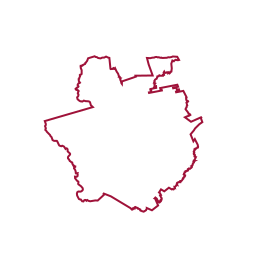 the district of Cadereyta Jiménez, Nuevo León, Mexico, rotated 121°
{"feature_id": "50627088B63245516345576", "entity_name": "Cadereyta Jiménez", "entity_type": "district", "adm_level": 2, "iso_a3": "MEX", "parent_name": "Mexico", "parent_adm1": "Nuevo León", "projection": "natural_earth1", "projection_center": [-99.908, 25.517], "detail": "fine", "context": "isolated", "style": "outline", "palette": "rose", "viewbox_px": 256, "rotation_deg": 121, "n_neighbors": 0, "source": "geoboundaries", "source_scale": "gbopen_adm2", "svg_char_len": 5771}
<svg xmlns="http://www.w3.org/2000/svg" viewBox="0 0 256 256"><g transform="rotate(121 128 128)"><path d="M179.7,164.8L180.0,164.3L180.6,164.0L183.4,164.5L184.2,164.3L185.0,163.7L185.3,162.5L186.3,160.9L186.2,160.5L186.5,158.9L186.3,158.1L186.8,157.5L187.3,157.3L188.7,154.9L188.8,154.5L188.1,154.9L188.3,153.9L188.1,153.4L188.5,153.2L188.8,153.5L190.1,153.7L190.5,153.4L190.7,152.5L191.3,151.5L192.3,150.4L193.5,149.6L193.7,149.2L192.7,148.0L193.4,147.8L193.6,147.3L195.1,146.5L196.3,146.9L197.0,148.4L198.4,147.4L199.5,144.4L199.5,143.0L200.1,142.5L201.3,142.1L201.8,141.6L202.1,138.3L202.8,136.1L203.2,135.6L204.2,134.9L205.4,135.0L206.8,135.7L208.1,137.9L209.2,138.4L210.6,138.0L212.1,136.8L214.1,133.6L214.1,132.9L213.6,131.6L214.4,129.6L213.9,128.4L212.5,128.3L211.8,127.8L211.5,127.2L211.8,126.2L210.7,125.8L210.8,124.4L210.3,122.7L206.9,118.7L205.8,116.6L197.3,114.1L196.8,115.8L195.4,107.5L195.4,84.7L195.9,82.7L195.5,82.5L195.5,82.1L195.0,81.9L194.6,82.1L194.7,82.6L194.3,82.5L193.6,81.8L193.4,81.3L193.5,80.8L192.8,80.9L192.3,81.3L191.8,80.8L192.1,79.9L191.7,79.1L191.8,78.7L191.6,78.5L191.9,78.0L191.7,77.9L191.8,77.2L191.6,76.7L191.8,76.1L191.6,75.6L192.2,75.2L192.4,74.7L192.0,73.9L192.1,73.2L191.6,71.4L190.9,71.2L190.1,70.6L189.1,70.2L188.4,70.4L187.4,70.2L186.9,70.6L186.2,65.1L178.9,62.3L174.4,68.6L174.5,68.9L173.5,68.7L173.7,67.3L173.9,66.7L174.5,66.4L174.8,65.1L175.5,64.3L175.7,63.6L175.4,63.3L175.5,63.1L174.8,63.1L174.9,62.4L173.7,62.1L173.3,62.4L172.6,62.3L172.6,62.9L171.4,62.7L170.9,62.9L170.9,63.3L171.1,63.3L170.7,63.4L169.3,65.8L168.5,65.2L167.3,67.2L167.3,68.2L163.6,68.1L163.6,64.3L158.1,62.2L158.1,58.9L157.5,58.6L157.5,58.2L157.1,57.6L157.1,57.3L155.6,57.0L155.0,57.5L155.0,57.2L154.7,57.5L154.3,57.5L154.2,57.3L153.3,57.3L152.6,56.9L152.4,57.1L151.4,57.2L151.1,57.2L151.1,56.9L150.8,57.3L150.6,57.2L150.3,57.4L149.5,57.3L149.4,57.5L148.5,56.9L148.4,56.5L148.1,56.5L147.6,55.8L147.0,55.7L147.1,55.2L146.5,55.3L146.3,55.6L145.9,55.0L145.3,54.8L143.8,54.7L143.0,54.5L142.9,55.0L142.4,55.0L141.2,54.8L140.8,54.4L139.5,54.4L139.2,54.6L139.5,55.2L139.2,56.1L138.8,55.9L138.2,56.5L137.7,56.3L136.9,56.7L136.3,56.2L135.6,56.6L135.4,56.5L135.4,56.0L134.5,55.7L134.3,55.2L133.7,54.7L133.3,54.7L133.0,55.2L132.4,55.5L131.7,54.9L131.4,54.9L131.4,54.3L131.1,53.9L130.7,54.0L129.7,53.3L128.6,53.1L128.1,53.4L128.0,54.1L126.8,53.5L126.0,53.9L125.5,53.8L124.9,54.2L123.6,53.7L123.3,53.8L123.0,54.5L122.1,54.0L122.4,54.5L122.0,54.9L121.0,54.5L118.1,54.8L118.3,55.2L118.2,56.1L117.8,56.0L117.6,56.5L117.7,57.0L117.5,56.7L117.2,56.9L116.7,56.7L116.5,57.0L116.7,57.9L116.2,58.4L115.6,58.3L114.9,58.5L114.7,58.7L115.0,58.9L114.5,59.5L113.2,59.6L112.9,59.4L112.2,60.0L112.0,59.7L111.5,59.9L110.9,59.7L110.2,59.0L110.3,58.9L109.0,58.4L108.7,58.0L108.4,58.1L108.2,58.5L107.8,58.4L106.4,59.7L103.1,65.0L105.7,65.1L101.2,71.1L96.1,70.3L93.9,70.3L88.0,68.8L84.7,67.3L81.7,71.0L81.3,70.7L81.2,70.9L90.2,77.2L89.5,84.7L87.6,83.4L85.9,81.9L84.7,81.3L84.3,82.1L84.6,83.6L83.9,84.1L82.3,88.3L81.5,88.6L80.2,88.4L79.0,89.0L78.2,88.8L76.1,91.0L75.6,90.9L74.9,90.3L74.2,90.2L74.0,90.7L74.2,91.8L73.9,92.5L73.0,93.3L71.9,93.4L71.8,93.9L71.3,93.9L67.7,99.7L72.6,105.1L72.1,105.6L69.8,103.0L68.6,104.3L70.0,105.8L68.6,107.4L70.7,109.7L70.3,110.1L66.8,106.3L65.5,108.0L77.2,121.0L78.7,119.5L78.0,118.7L78.4,118.3L87.1,128.0L86.7,128.4L84.9,126.4L83.6,128.1L83.3,127.8L83.0,128.0L83.5,128.7L83.1,128.9L80.9,126.5L80.3,126.6L80.4,126.0L79.1,124.5L77.7,125.5L78.6,126.4L77.3,127.7L75.8,127.6L76.0,128.9L75.4,128.9L75.2,129.1L74.7,129.0L74.6,129.3L74.0,129.5L73.4,130.2L73.5,129.8L72.1,129.5L70.9,128.8L68.6,129.4L68.0,128.4L66.7,128.3L66.6,127.3L65.2,125.0L64.5,125.4L63.9,124.5L62.2,126.0L61.0,126.0L61.5,125.2L61.3,123.9L60.4,123.6L59.5,122.3L60.4,121.8L59.5,121.1L59.7,120.5L58.2,120.2L57.8,120.5L57.2,119.9L54.3,121.2L50.6,124.0L47.3,124.7L47.2,123.1L46.1,122.9L44.9,122.2L44.7,121.2L44.2,120.1L43.4,119.3L41.6,122.5L43.6,126.4L44.8,127.3L46.1,128.8L46.6,129.9L47.8,130.9L50.2,134.5L50.5,135.0L50.5,135.7L51.2,136.5L51.5,138.1L52.1,138.7L52.4,140.1L53.2,141.2L54.2,141.9L55.2,143.4L56.7,144.9L58.2,147.8L62.9,143.0L70.3,133.9L79.3,148.5L79.9,147.7L82.1,149.5L82.7,150.0L91.2,157.2L93.3,156.0L93.0,156.7L92.5,156.9L92.1,157.7L91.8,157.8L91.4,158.3L90.6,159.5L90.3,159.5L89.7,159.9L89.5,160.4L89.1,160.2L89.2,161.0L88.7,161.4L88.8,161.9L88.3,161.8L88.2,162.6L86.6,164.4L85.5,166.8L83.3,170.0L84.3,170.2L84.1,171.4L84.3,171.5L85.1,171.3L86.4,173.2L86.3,173.5L77.5,180.1L77.9,181.4L78.1,183.6L79.8,184.6L81.0,186.4L82.4,187.3L83.0,188.6L83.4,189.8L83.3,191.2L83.8,192.4L83.7,193.5L88.8,198.1L91.5,197.6L93.1,197.8L93.6,197.7L94.1,198.1L95.3,197.8L96.5,198.7L97.7,199.1L97.6,199.4L97.9,199.6L98.4,199.6L99.1,200.6L99.5,200.4L99.4,199.9L100.3,199.8L100.9,199.4L102.3,197.5L105.5,195.6L106.1,195.6L107.0,196.5L107.4,196.6L108.4,195.7L110.0,195.6L111.0,195.2L111.5,195.5L113.1,194.3L113.9,192.5L114.6,192.8L115.1,193.4L116.5,193.5L117.2,193.3L117.8,191.9L118.3,191.8L119.3,192.2L119.8,192.7L120.4,192.5L121.0,193.0L121.5,193.1L121.9,192.4L121.8,191.5L121.4,190.5L121.7,189.4L122.2,189.6L123.3,189.0L124.0,189.0L124.4,188.7L124.7,187.8L125.4,187.4L126.4,187.1L127.9,187.4L129.2,186.2L129.4,185.6L129.7,183.6L129.6,182.4L129.2,181.9L129.2,181.5L128.8,180.7L127.3,180.0L126.8,178.1L125.6,175.9L125.3,174.7L125.5,173.8L127.6,171.6L128.2,168.9L164.9,202.9L166.9,200.5L167.8,200.0L169.1,200.1L170.5,198.3L171.6,198.2L171.9,198.0L171.8,197.9L172.3,197.4L172.5,196.6L173.0,195.7L174.2,191.1L174.8,190.4L175.2,188.8L177.2,186.4L177.1,184.8L175.7,182.4L175.8,181.9L178.2,178.3L178.4,177.7L178.0,175.8L177.1,175.3L176.9,173.8L176.9,173.2L178.1,170.8L177.4,170.6L177.0,170.1L177.2,169.1L177.9,168.4L178.9,167.9L179.2,167.4L179.7,164.8Z" fill="none" stroke="#9f1239" stroke-width="2"/></g></svg>